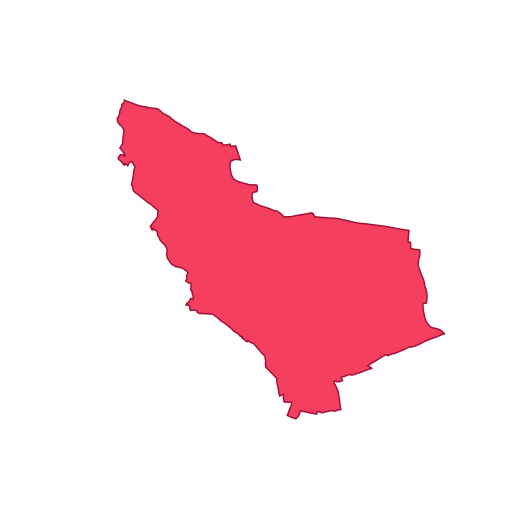 Cozmesti, Vaslui, Romania, rotated 36°
{"feature_id": "2599482B65715279001223", "entity_name": "Cozmesti", "entity_type": "district", "adm_level": 2, "iso_a3": "ROU", "parent_name": "Romania", "parent_adm1": "Vaslui", "projection": "natural_earth1", "projection_center": [27.474, 46.723], "detail": "fine", "context": "isolated", "style": "filled", "palette": "rose", "viewbox_px": 512, "rotation_deg": 36, "n_neighbors": 0, "source": "geoboundaries", "source_scale": "gbopen_adm2", "svg_char_len": 6055}
<svg xmlns="http://www.w3.org/2000/svg" viewBox="0 0 512 512"><g transform="rotate(36 256 256)"><path d="M271.3,328.8L278.0,329.1L282.3,329.9L287.6,329.4L288.6,329.8L289.6,330.0L289.9,330.0L290.3,329.8L290.3,330.1L290.6,330.1L291.4,329.6L292.6,329.5L292.2,330.0L292.4,330.3L293.1,330.6L294.0,330.6L294.4,330.2L295.7,330.6L296.3,330.6L297.7,330.8L298.6,330.8L299.1,330.6L299.5,330.2L299.4,329.1L301.1,329.3L301.8,329.2L305.9,328.3L312.6,329.8L318.1,331.3L321.2,331.6L322.0,331.8L322.8,332.5L323.9,333.8L324.5,334.2L325.6,335.3L325.9,335.7L326.6,337.1L327.0,337.7L328.9,339.9L329.4,340.2L331.0,340.6L334.0,340.9L336.4,341.5L338.2,341.5L339.8,342.0L341.7,342.4L343.9,342.7L345.1,343.2L345.9,344.4L348.6,347.3L350.3,348.6L354.0,352.3L355.0,353.5L355.8,354.1L356.7,354.5L357.4,355.3L359.4,351.7L362.3,355.5L364.1,357.2L364.8,357.5L364.9,357.4L366.0,356.8L366.3,356.4L366.6,355.8L368.0,355.4L368.8,354.9L369.0,354.4L370.8,353.4L372.0,355.2L375.0,366.6L378.3,365.9L380.8,365.4L383.5,364.4L383.9,364.2L384.4,361.6L384.4,360.2L383.7,357.5L382.8,355.3L397.8,348.4L397.6,345.0L401.4,344.3L407.1,337.5L408.1,336.7L409.8,335.8L411.1,335.1L412.5,332.8L414.9,330.4L411.4,326.9L406.7,321.9L403.0,318.2L402.2,317.5L398.3,315.0L392.8,312.3L393.2,311.3L393.2,310.8L395.4,310.3L397.3,308.7L398.0,307.9L398.5,307.2L399.2,305.7L396.2,304.3L396.5,303.6L398.5,301.2L401.3,296.8L403.2,296.3L404.7,294.8L406.5,292.0L408.9,288.9L409.7,287.5L411.5,284.8L413.4,281.9L415.6,279.0L414.8,278.8L412.0,278.9L410.8,279.1L410.9,278.8L415.3,268.4L417.9,261.8L419.4,259.5L419.8,259.0L420.6,259.0L421.0,259.3L422.3,257.5L424.1,254.6L424.9,253.9L425.2,253.7L430.7,244.8L433.4,239.6L435.0,238.6L437.7,235.2L439.2,232.8L441.5,228.4L442.6,226.1L446.6,219.7L450.2,214.4L451.8,211.6L454.1,208.2L450.6,207.6L448.5,207.5L446.8,207.9L444.1,208.9L440.5,210.5L438.9,210.7L436.3,210.4L432.5,209.1L428.8,206.6L424.3,202.6L421.0,199.0L419.1,196.5L419.6,195.7L421.5,193.9L421.1,193.0L418.7,189.1L417.9,187.9L416.7,186.4L414.9,184.5L413.6,183.4L410.6,181.5L407.9,178.7L406.2,177.3L405.4,176.7L400.1,173.4L396.1,170.6L394.8,169.9L392.8,168.5L392.0,167.4L391.8,166.8L389.2,162.3L388.9,161.3L388.6,159.9L387.8,158.6L384.8,154.8L380.4,157.4L376.9,159.0L372.9,154.0L371.2,155.3L370.4,154.7L367.1,149.5L366.3,147.9L365.6,147.0L365.1,146.1L364.8,145.4L363.1,146.2L362.4,146.7L354.8,150.5L342.6,156.3L326.0,165.4L320.1,168.9L313.6,171.9L308.8,173.9L298.8,178.3L295.9,180.2L294.4,181.3L283.3,188.1L280.1,189.8L277.6,188.2L277.2,188.7L275.9,188.2L275.6,188.4L272.8,191.5L265.4,199.0L261.5,203.3L260.5,204.2L257.0,206.8L255.4,208.3L254.9,208.0L254.1,207.5L251.2,207.2L246.9,207.3L245.8,207.8L244.3,208.5L242.0,209.2L239.2,209.7L234.4,211.3L232.1,212.0L229.9,212.9L229.0,213.1L225.9,213.5L223.8,214.0L222.9,214.1L222.1,214.0L220.6,212.9L219.1,211.5L218.5,210.9L217.5,209.8L215.9,207.0L216.8,205.8L217.1,205.2L218.6,203.7L218.7,203.4L218.7,202.9L218.5,202.1L218.2,201.6L215.4,198.4L215.1,198.2L214.6,198.3L214.0,198.7L212.6,199.5L212.0,200.0L209.3,202.0L202.6,204.6L197.5,206.3L194.2,206.7L193.5,207.0L193.0,206.9L190.2,205.7L187.9,204.6L186.9,203.5L182.6,199.4L181.8,198.2L181.2,197.5L180.8,196.3L179.9,193.8L179.8,193.1L181.2,192.4L181.3,191.5L181.7,190.6L186.3,187.7L186.8,187.5L174.8,178.9L171.1,182.2L169.5,180.7L164.3,185.7L161.5,184.4L160.2,186.1L159.0,186.1L156.3,186.6L154.3,186.6L150.8,186.8L147.5,187.1L146.3,187.4L144.9,187.5L143.6,187.4L142.9,187.5L141.6,188.1L139.5,189.3L137.9,190.6L136.0,191.5L133.9,192.7L130.1,193.7L129.9,193.8L129.3,193.4L125.8,193.2L122.1,193.6L120.8,194.0L119.0,194.1L117.9,194.0L115.1,194.4L113.4,194.4L111.8,194.7L109.5,194.6L103.1,194.2L101.9,194.7L99.3,194.7L97.9,195.4L92.3,194.7L90.8,194.7L89.8,194.9L88.5,195.4L82.0,199.2L80.2,199.6L77.1,201.1L76.7,201.6L71.8,203.6L67.0,204.9L63.9,205.7L60.3,206.8L57.9,207.3L58.7,208.3L59.0,209.2L59.0,209.9L58.6,211.3L58.5,211.9L58.6,212.4L58.8,213.0L59.2,213.4L59.6,214.2L59.8,215.0L60.1,217.2L60.3,217.9L62.0,221.1L62.5,222.4L63.0,224.4L62.9,225.0L62.7,225.5L63.0,226.2L63.8,227.3L65.1,228.7L66.7,229.2L68.2,229.9L68.9,230.0L70.7,229.8L72.7,230.5L74.1,231.4L75.0,231.7L75.3,231.9L76.3,233.6L77.1,235.3L77.8,236.2L78.2,236.9L78.9,238.5L79.3,239.1L79.7,239.8L80.3,240.7L80.7,241.6L81.2,242.0L81.9,243.0L82.4,247.3L82.3,248.5L85.8,249.4L88.7,250.5L91.3,251.7L91.6,252.1L91.5,252.3L91.1,252.4L90.1,252.3L88.7,252.4L88.1,252.7L87.7,253.1L86.6,253.6L86.7,254.2L87.1,254.9L86.8,255.4L86.7,256.8L87.0,257.3L87.3,257.9L87.2,258.1L88.9,258.6L90.8,258.6L92.0,259.0L93.5,259.3L94.6,259.8L96.1,259.8L96.3,259.3L95.9,258.9L95.7,258.5L95.7,258.2L96.1,258.1L99.1,258.3L98.7,255.8L98.7,255.1L98.9,254.3L99.0,253.7L99.9,252.8L100.4,252.7L100.8,252.8L101.8,253.4L105.0,254.6L105.8,255.1L106.0,255.4L106.2,256.9L108.4,261.5L109.2,262.6L110.3,264.6L111.1,266.6L111.9,268.2L112.2,268.7L112.9,270.2L113.5,271.9L114.9,272.1L115.7,272.5L116.3,273.1L117.1,274.4L118.9,275.3L120.7,275.7L122.4,275.6L138.3,276.3L139.6,275.9L139.9,275.9L145.2,276.5L146.9,276.5L149.5,276.7L150.0,276.9L151.6,279.3L153.4,282.6L153.4,286.5L153.2,288.3L153.1,289.6L153.2,292.2L153.0,294.0L153.7,294.3L155.4,295.5L156.7,296.0L156.6,294.3L158.9,294.5L160.4,294.1L161.1,294.1L161.6,294.3L163.3,295.9L164.2,297.0L165.2,297.6L167.0,298.1L168.3,299.1L169.1,299.5L173.0,300.4L175.0,300.6L176.5,301.0L178.8,302.0L180.4,303.0L181.3,304.1L182.3,306.7L182.7,307.4L186.0,310.0L192.2,312.2L193.4,312.2L195.0,311.9L196.1,311.9L197.4,311.8L198.6,311.3L200.6,310.1L203.2,309.4L205.1,308.8L206.7,309.0L209.3,308.9L209.8,309.1L210.6,309.5L211.1,311.1L211.2,312.3L212.0,313.5L213.4,314.5L213.6,315.7L213.6,316.9L213.7,317.2L214.1,317.4L215.8,317.6L217.2,317.4L219.0,316.4L220.8,317.9L222.2,320.1L223.3,322.1L224.1,322.2L224.9,321.9L225.2,322.0L225.6,322.9L226.5,324.0L227.9,324.7L229.6,326.5L230.5,328.2L228.1,328.7L228.3,329.4L228.6,332.0L227.9,335.1L228.1,336.7L230.0,336.1L230.1,335.5L231.5,335.3L232.2,335.9L232.8,336.5L233.4,337.6L235.0,338.5L238.5,335.4L240.5,335.2L241.3,336.0L243.5,335.9L255.0,328.6L260.9,328.4L265.7,329.1L271.3,328.8Z" fill="#f43f5e" stroke="#9f1239" stroke-width="1.5"/></g></svg>